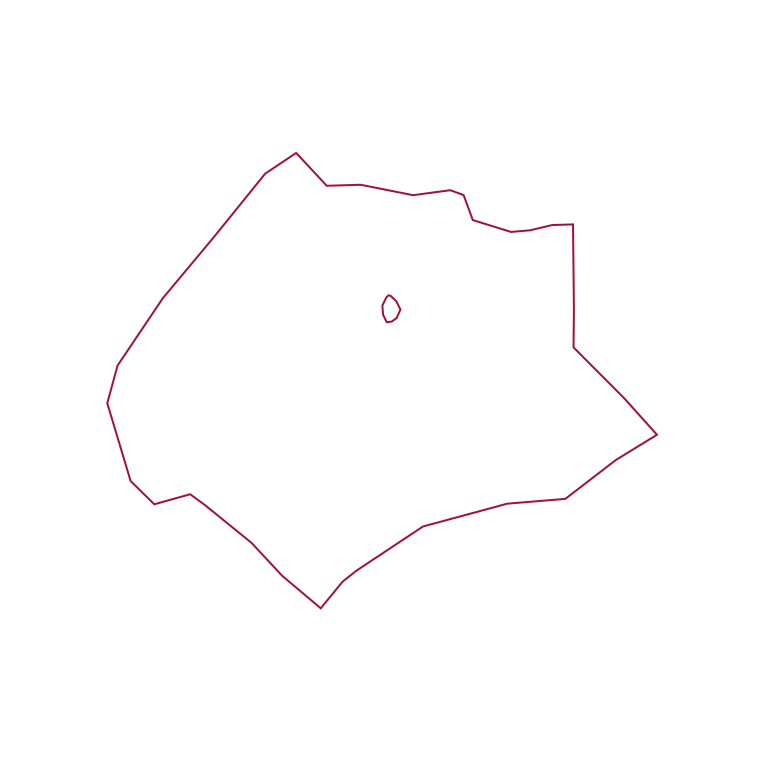 Xanxongor, Ömnögovi, Mongolia (Natural Earth projection), rotated 134°
{"feature_id": "93677404B48685910961776", "entity_name": "Xanxongor", "entity_type": "district", "adm_level": 2, "iso_a3": "MNG", "parent_name": "Mongolia", "parent_adm1": "Ömnögovi", "projection": "natural_earth1", "projection_center": [104.555, 43.693], "detail": "fine", "context": "isolated", "style": "outline", "palette": "rose", "viewbox_px": 768, "rotation_deg": 134, "n_neighbors": 0, "source": "geoboundaries", "source_scale": "gbopen_adm2", "svg_char_len": 839}
<svg xmlns="http://www.w3.org/2000/svg" viewBox="0 0 768 768"><g transform="rotate(134 384 384)"><path d="M630.1,465.7L598.0,446.9L595.6,429.9L590.3,369.0L592.7,323.8L589.3,273.7L555.0,276.5L537.6,274.2L459.4,257.0L384.6,212.3L355.4,186.7L340.7,173.8L277.4,164.4L230.9,152.4L227.4,201.1L226.0,273.1L198.1,299.5L137.9,358.9L152.9,373.5L171.8,385.6L172.2,385.9L186.4,398.3L204.4,434.0L192.8,458.0L198.6,471.0L228.0,494.3L256.9,539.2L281.2,562.9L278.8,607.7L315.2,615.6L396.9,608.4L476.0,602.7L535.5,592.1L555.8,588.5L590.1,569.7L605.6,542.0L629.8,498.9L630.1,465.7ZM328.7,439.7L319.9,442.5L317.0,442.3L316.0,440.6L315.9,432.8L319.0,423.9L327.8,420.7L328.1,420.6L328.5,420.9L328.9,421.0L329.8,421.2L332.7,421.6L333.8,421.9L337.6,424.9L336.8,427.3L334.8,432.8L330.6,437.5L328.7,439.7Z" fill="none" stroke="#9f1239" stroke-width="2"/></g></svg>